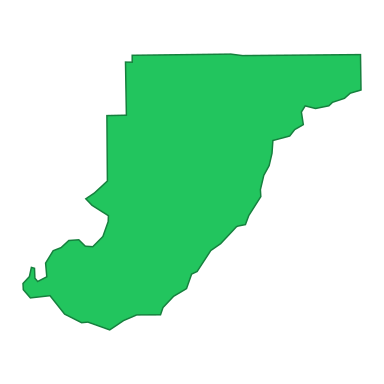 Monroe, Alabama, United States of America
{"feature_id": "52423323B79437263897554", "entity_name": "Monroe", "entity_type": "district", "adm_level": 2, "iso_a3": "USA", "parent_name": "United States of America", "parent_adm1": "Alabama", "projection": "robinson", "projection_center": [-87.413, 31.53], "detail": "fine", "context": "isolated", "style": "filled", "palette": "green", "viewbox_px": 384, "rotation_deg": 0, "n_neighbors": 0, "source": "geoboundaries", "source_scale": "gbopen_adm2", "svg_char_len": 915}
<svg xmlns="http://www.w3.org/2000/svg" viewBox="0 0 384 384"><path d="M87.9,322.1L109.7,329.9L123.7,320.5L136.7,314.9L160.5,314.8L163.0,307.5L173.6,296.3L186.5,288.6L191.6,274.1L197.1,271.5L210.8,250.5L220.6,243.7L236.5,226.7L238.3,226.0L245.4,224.6L248.8,215.5L260.8,196.6L260.4,189.6L263.8,175.3L269.1,165.7L272.0,153.3L272.9,140.5L289.7,136.0L294.7,129.6L303.3,124.6L301.4,112.0L305.2,105.9L315.5,108.5L328.9,105.8L332.5,102.3L344.5,98.3L350.2,93.2L361.0,90.0L360.5,54.6L242.5,55.6L230.8,54.1L132.2,55.3L132.2,62.2L125.5,62.1L126.4,115.2L106.9,115.6L107.4,181.0L94.4,193.0L85.8,198.8L92.1,205.4L108.4,215.7L108.2,221.6L102.9,236.5L92.8,246.7L85.3,246.2L78.8,239.8L68.8,240.5L61.1,247.6L53.2,250.7L45.6,263.1L46.8,276.8L37.7,281.5L34.9,278.2L34.5,268.3L31.4,267.4L29.4,276.6L23.0,283.5L23.3,289.7L30.4,297.9L50.0,295.7L64.6,314.1L81.6,322.7L87.9,322.1Z" fill="#22c55e" stroke="#15803d" stroke-width="1.5"/></svg>